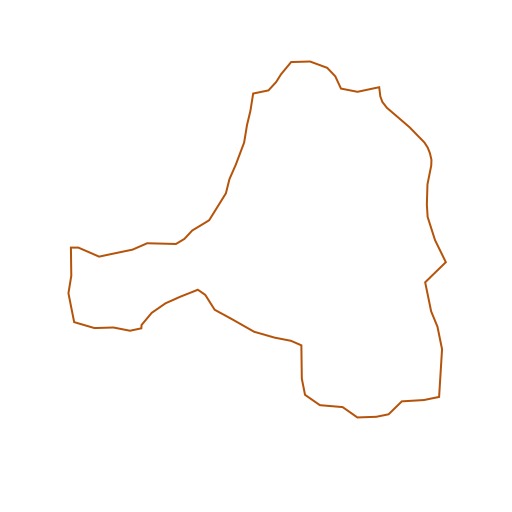 Sinkye, Hwanghae-bukto, North Korea, rotated 348°
{"feature_id": "82179303B98001602077811", "entity_name": "Sinkye", "entity_type": "district", "adm_level": 2, "iso_a3": "PRK", "parent_name": "North Korea", "parent_adm1": "Hwanghae-bukto", "projection": "orthographic", "projection_center": [126.546, 38.511], "detail": "fine", "context": "isolated", "style": "outline", "palette": "amber", "viewbox_px": 512, "rotation_deg": 348, "n_neighbors": 0, "source": "geoboundaries", "source_scale": "gbopen_adm2", "svg_char_len": 1122}
<svg xmlns="http://www.w3.org/2000/svg" viewBox="0 0 512 512"><g transform="rotate(348 256 256)"><path d="M439.2,171.9L432.9,161.9L414.8,138.2L411.6,131.5L410.8,125.7L411.6,116.5L389.4,116.5L373.9,109.9L370.9,96.7L364.8,86.8L349.3,77.0L330.7,73.6L318.2,83.5L311.9,90.0L302.6,96.6L287.0,96.5L280.7,112.9L274.4,126.1L268.0,142.5L255.4,162.2L246.0,175.3L239.6,188.4L230.2,198.2L217.6,211.3L198.9,217.8L189.5,224.4L180.2,227.6L152.2,220.9L136.6,224.1L114.9,224.0L102.4,224.0L93.2,217.4L83.9,210.8L76.7,209.3L71.2,237.0L64.8,253.4L64.6,266.5L64.4,282.9L83.0,292.9L101.7,296.3L117.2,302.9L128.8,302.9L129.7,299.7L142.2,289.9L157.8,283.4L173.4,280.1L192.1,276.9L198.3,283.5L204.4,300.0L219.8,313.2L238.4,329.7L257.0,339.6L272.5,346.2L281.8,352.8L275.3,385.6L275.1,402.0L287.5,415.2L309.3,421.8L321.6,435.0L340.3,438.3L352.8,438.4L368.4,428.5L390.3,431.8L405.8,431.9L412.2,408.9L418.6,385.9L418.8,362.9L415.8,346.5L415.9,333.3L416.0,316.9L440.4,301.5L434.4,277.6L432.0,253.5L433.8,241.3L438.6,221.6L446.2,204.0L447.6,198.5L447.5,191.8L446.5,185.7L444.3,179.9L439.2,171.9Z" fill="none" stroke="#b45309" stroke-width="2"/></g></svg>